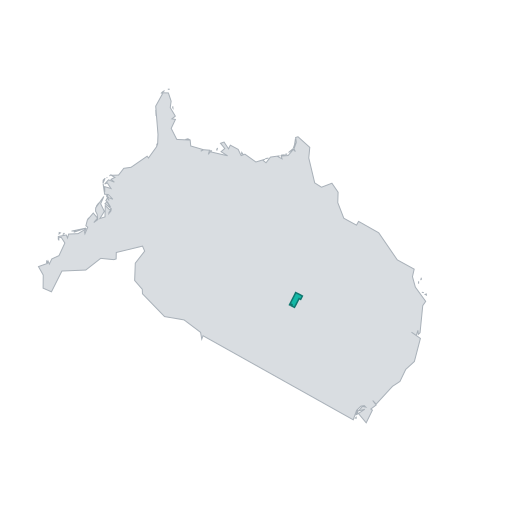 Albany, Wyoming, United States of America (highlighted), rotated 207°
{"feature_id": "52423323B70770360045395", "entity_name": "Albany", "entity_type": "district", "adm_level": 2, "iso_a3": "USA", "parent_name": "United States of America", "parent_adm1": "Wyoming", "projection": "orthographic", "projection_center": [-105.646, 41.715], "detail": "fine", "context": "in_parent", "style": "filled", "palette": "teal", "viewbox_px": 512, "rotation_deg": 207, "n_neighbors": 0, "source": "geoboundaries", "source_scale": "gbopen_adm2", "svg_char_len": 4218}
<svg xmlns="http://www.w3.org/2000/svg" viewBox="0 0 512 512"><g transform="rotate(207 256 256)"><path d="M401.3,166.2L422.1,154.5L422.0,131.2L431.1,130.7L436.9,142.4L445.0,147.8L438.5,154.7L439.0,157.1L436.5,155.0L436.6,160.7L431.7,166.9L432.2,180.8L438.0,184.2L440.2,182.4L438.6,180.5L439.8,181.2L441.0,183.6L434.6,188.6L432.1,186.5L432.9,190.5L424.7,195.1L420.0,202.6L419.7,199.5L418.5,198.1L419.0,205.3L421.3,205.7L422.6,211.5L420.5,220.4L414.4,217.8L415.7,212.2L413.5,216.6L416.4,221.0L419.3,223.1L420.7,226.2L418.6,240.0L418.1,232.0L411.4,226.9L412.1,218.5L408.3,222.3L413.2,232.5L407.8,230.9L406.4,231.8L406.8,227.9L406.4,226.9L405.7,230.1L406.3,232.4L414.3,234.1L413.4,236.6L409.2,233.9L407.9,233.7L413.0,236.8L414.9,237.1L414.8,240.2L412.1,238.8L416.6,241.7L416.0,242.6L413.8,241.1L409.3,241.6L415.6,243.7L418.9,242.3L425.1,251.0L419.9,244.5L422.3,249.1L415.8,250.3L421.7,253.6L423.5,251.4L422.0,256.9L415.7,257.5L420.0,258.5L417.4,261.9L421.6,262.2L415.2,265.7L413.6,274.1L407.6,278.3L398.3,295.5L396.3,294.5L394.2,308.1L394.5,311.2L398.5,319.8L413.4,344.0L412.9,359.2L408.1,361.5L401.9,355.4L399.8,349.3L391.4,344.0L393.2,340.0L389.8,341.1L389.5,331.2L379.5,323.9L367.3,329.4L364.1,324.4L351.5,326.8L352.8,324.3L350.9,326.9L345.4,329.2L344.6,324.9L344.1,328.1L326.8,332.4L334.5,333.1L332.6,337.6L338.8,340.3L336.2,343.0L329.1,339.0L329.2,343.1L320.3,342.9L314.8,338.7L312.1,341.7L298.8,339.7L291.9,346.3L293.6,344.5L289.4,343.6L288.0,350.7L280.4,356.0L282.2,354.5L276.9,354.4L278.9,356.5L273.0,360.1L271.1,367.9L268.3,366.9L270.8,368.7L271.7,375.7L274.5,379.6L272.7,381.3L257.4,377.2L253.5,367.3L236.9,347.8L228.9,347.0L221.4,355.3L211.8,350.1L207.4,340.7L194.9,329.5L180.5,329.1L180.3,333.4L157.2,332.4L128.4,316.7L109.1,316.1L107.2,308.6L99.9,300.6L84.2,292.6L84.9,287.5L75.0,262.1L75.8,259.8L78.0,263.3L77.1,258.0L82.9,258.7L72.1,257.2L67.0,233.9L71.1,223.0L70.8,209.6L75.2,201.9L81.7,178.5L86.4,180.2L81.3,177.8L84.2,171.8L82.3,171.5L82.1,157.4L93.3,162.2L89.5,168.8L94.3,164.6L92.8,170.4L89.6,171.2L91.6,171.9L94.3,169.9L96.3,164.1L95.0,154.2L267.0,160.9L266.6,157.3L270.7,162.8L291.1,166.4L310.0,160.5L340.0,170.8L342.2,174.7L353.0,179.1L360.3,194.8L357.4,209.8L361.6,213.3L382.1,195.7L379.3,189.9L381.0,188.2L393.3,183.4L401.3,166.2ZM428.3,196.6L431.7,194.4L420.1,203.7L429.1,194.5L428.3,196.6ZM94.7,160.1L95.5,164.2L95.3,164.7L93.7,161.4L94.7,160.1ZM274.1,378.4L271.8,372.5L271.7,369.0L272.2,372.7L274.1,378.4ZM439.5,154.7L440.2,156.6L439.5,156.4L439.5,154.7ZM315.2,340.4L315.7,341.8L314.1,340.9L315.2,340.4ZM89.8,299.5L91.8,299.0L89.8,299.5ZM87.9,298.6L87.0,299.5L86.4,298.5L87.9,298.6ZM437.9,187.4L437.4,189.0L437.0,188.8L437.9,187.4ZM272.6,365.7L271.6,368.6L274.0,363.0L272.6,365.7ZM408.9,335.9L411.7,340.7L408.5,335.5L408.9,335.9ZM98.9,305.6L99.6,307.3L98.8,305.7L98.9,305.6ZM413.8,359.7L412.6,361.9L414.5,357.6L413.8,359.7ZM426.6,254.2L425.7,256.8L425.4,251.4L426.6,254.2ZM93.8,156.7L93.6,157.8L93.0,157.1L93.8,156.7ZM279.0,357.6L276.3,359.2L279.1,357.2L279.0,357.6ZM441.5,186.3L442.0,187.6L440.8,187.8L441.5,186.3ZM98.4,309.8L98.8,311.7L98.1,310.0L98.4,309.8ZM275.7,360.3L274.5,361.1L275.5,359.9L275.7,360.3ZM420.8,228.6L420.2,232.0L420.7,227.5L420.8,228.6ZM291.1,347.6L289.4,348.9L291.9,346.7L291.1,347.6ZM394.9,309.4L395.0,311.8L394.5,310.3L394.9,309.4ZM422.3,262.3L421.9,263.0L422.9,260.7L422.3,262.3ZM371.8,327.8L369.9,329.5L369.0,329.5L371.8,327.8ZM344.5,329.0L344.1,329.4L342.9,329.6L344.5,329.0ZM397.5,350.2L398.1,351.6L397.1,350.0L397.5,350.2ZM339.4,333.3L339.3,334.8L338.8,332.2L339.4,333.3ZM409.8,364.9L408.6,365.4L410.2,364.5L409.8,364.9ZM422.6,212.6L422.3,214.2L422.5,211.9L422.6,212.6ZM424.6,257.7L424.1,258.5L424.6,257.7Z" fill="#d9dde1" stroke="#a8b0b8" stroke-width="1"/><path d="M197.4,241.4L198.4,241.5L200.8,241.5L204.1,241.4L204.0,240.3L204.0,238.7L204.0,238.2L204.0,235.1L204.0,234.3L204.0,231.0L204.0,227.7L203.6,227.7L203.5,227.8L203.5,228.2L203.4,228.2L203.4,228.8L203.3,229.0L202.4,229.0L202.2,229.1L201.7,229.0L201.6,228.9L201.6,228.2L201.9,228.2L201.9,227.9L202.0,227.9L202.0,227.7L198.4,227.7L198.3,231.0L198.3,232.0L198.3,236.2L198.3,237.6L197.3,237.6L196.5,237.6L196.5,241.4L197.2,241.4L197.4,241.4Z" fill="#14b8a6" stroke="#0f766e" stroke-width="1.5"/></g></svg>